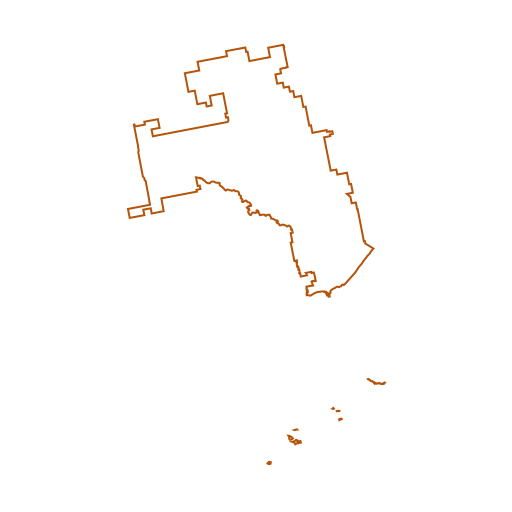 Greater Geraldton, Western Australia, Australia, rotated 259°
{"feature_id": "25037944B20957215446412", "entity_name": "Greater Geraldton", "entity_type": "district", "adm_level": 2, "iso_a3": "AUS", "parent_name": "Australia", "parent_adm1": "Western Australia", "projection": "natural_earth1", "projection_center": [114.652, -28.44], "detail": "fine", "context": "isolated", "style": "outline", "palette": "amber", "viewbox_px": 512, "rotation_deg": 259, "n_neighbors": 0, "source": "geoboundaries", "source_scale": "gbopen_adm2", "svg_char_len": 5994}
<svg xmlns="http://www.w3.org/2000/svg" viewBox="0 0 512 512"><g transform="rotate(259 256 256)"><path d="M207.8,298.3L207.6,299.9L206.9,301.0L206.7,302.0L206.8,302.4L208.0,305.3L208.8,308.4L208.9,310.2L208.7,311.8L208.6,314.1L208.1,316.5L207.5,316.8L207.7,317.1L207.9,317.0L207.8,317.5L207.4,317.7L207.6,317.0L207.5,316.9L207.2,317.8L207.3,318.0L206.8,318.5L206.4,318.9L206.3,318.3L206.2,318.4L206.1,318.9L206.3,318.8L206.2,319.0L204.7,319.2L205.1,318.3L205.8,318.1L205.7,318.1L205.8,317.9L205.7,318.1L205.7,317.8L205.0,318.0L204.8,318.5L204.4,318.7L204.4,319.1L204.0,319.0L204.0,318.6L204.7,318.4L204.6,318.0L203.9,318.1L203.9,318.6L203.5,319.1L202.2,319.4L202.3,320.2L202.2,320.6L204.6,320.8L205.1,321.2L205.3,321.8L205.6,322.2L206.2,322.1L206.8,322.2L207.7,322.7L208.9,324.8L209.6,327.5L210.3,329.3L210.3,329.9L210.0,331.0L209.6,331.7L210.0,332.6L210.0,333.4L210.3,334.1L210.9,334.5L211.3,335.1L211.3,336.0L211.0,336.3L211.2,336.5L210.9,336.9L211.2,337.6L220.8,350.2L225.1,354.4L228.3,358.3L229.5,359.6L230.2,360.0L230.5,360.5L232.4,362.5L233.7,364.2L234.4,364.8L237.0,368.5L237.9,369.0L238.7,369.9L240.9,372.7L247.4,365.7L249.8,365.7L249.8,364.7L282.6,364.7L282.6,364.2L289.5,364.2L289.5,360.0L295.9,360.0L299.6,357.1L299.6,363.1L308.6,363.1L308.6,361.2L320.4,361.2L320.4,351.4L325.5,351.3L325.5,345.6L359.5,345.5L359.5,351.7L361.1,351.7L361.1,354.7L363.9,354.7L363.9,351.7L364.4,351.7L364.4,349.3L366.1,349.3L366.1,334.9L373.8,334.9L373.8,333.2L380.7,333.2L380.8,333.1L381.0,333.2L393.2,333.2L393.3,330.9L404.5,330.9L404.6,324.0L410.8,324.0L410.8,320.7L416.0,320.6L416.0,315.4L421.1,315.4L421.1,309.7L430.5,309.7L430.5,315.4L434.8,315.4L435.1,315.7L435.1,321.4L435.4,321.4L435.4,323.1L455.7,323.0L455.7,323.5L456.7,323.5L456.7,323.0L458.1,323.0L458.1,307.7L448.6,307.7L448.6,286.7L458.2,286.7L458.2,285.3L462.7,285.3L462.8,265.7L457.7,265.7L457.8,235.7L448.9,235.7L449.0,221.0L430.0,221.0L430.0,227.4L416.2,227.4L416.2,236.1L412.2,236.1L412.2,241.2L422.0,241.2L422.0,254.8L401.6,254.8L401.6,253.0L397.6,253.0L397.6,254.9L394.7,254.9L393.0,253.9L393.2,177.6L400.2,177.6L400.2,185.8L409.0,185.8L409.1,172.0L406.2,172.0L406.2,161.8L408.2,161.8L408.2,161.2L386.0,161.2L385.7,161.0L381.7,161.0L380.5,160.2L355.5,160.1L353.8,161.2L351.5,161.2L350.8,162.0L334.9,161.9L327.5,161.7L327.5,161.8L326.5,161.8L326.6,139.3L317.5,139.3L317.4,154.2L323.0,154.2L322.9,161.8L317.6,161.7L317.6,173.9L330.6,174.1L330.5,210.3L332.3,210.3L332.3,214.2L335.8,214.2L335.8,212.1L344.7,212.1L343.9,214.2L342.8,216.1L343.0,216.2L343.4,215.9L343.3,216.3L343.0,216.5L342.0,218.3L341.4,218.2L341.0,218.5L339.7,220.0L337.4,221.5L336.8,222.5L336.3,223.8L336.3,224.6L337.1,225.7L337.4,226.5L337.3,228.2L337.2,228.6L335.8,230.4L335.2,232.0L335.1,233.5L334.8,233.9L334.3,234.3L333.5,233.9L332.3,234.0L331.3,234.6L330.4,236.0L329.3,236.5L328.4,237.3L327.4,237.6L326.2,238.5L326.1,239.3L326.7,239.9L326.7,240.3L326.3,241.7L325.4,243.1L325.1,244.1L324.6,244.8L325.0,247.0L323.6,248.1L323.1,250.0L322.5,250.9L321.3,251.3L319.4,251.1L317.6,252.7L315.5,252.0L314.5,253.2L314.0,253.5L313.1,253.2L312.5,252.6L311.9,252.7L311.5,253.3L311.5,253.8L312.0,255.0L312.4,256.7L311.6,257.5L310.4,258.0L309.9,259.5L309.3,260.1L306.9,261.0L306.3,260.9L306.1,260.0L306.2,259.5L306.5,259.2L306.5,258.7L305.9,257.2L305.2,256.2L303.9,257.2L303.9,258.2L302.3,258.2L302.3,257.4L300.6,256.6L298.1,257.5L297.3,258.2L297.2,258.6L297.4,259.0L299.3,260.6L299.1,261.1L299.2,261.7L298.4,263.4L298.5,264.4L298.8,264.9L300.5,265.2L300.7,265.6L300.6,266.0L299.5,266.9L298.0,266.6L297.2,267.4L295.8,267.4L295.3,267.7L295.2,268.9L295.4,269.8L294.9,272.3L294.7,272.7L293.7,272.9L293.5,273.3L294.2,274.8L294.2,276.1L293.9,277.1L293.3,277.0L292.8,277.5L291.3,278.0L289.9,278.0L289.1,280.1L287.4,281.8L286.6,283.9L285.9,284.0L285.6,283.1L285.2,282.6L284.9,282.6L284.6,282.8L283.6,284.4L282.3,284.7L281.6,285.2L281.4,286.2L281.8,288.2L280.2,291.1L279.0,292.2L279.1,292.8L279.6,293.8L279.4,294.4L278.0,295.5L275.2,295.5L275.2,296.4L271.8,296.4L271.8,294.4L262.5,294.4L262.5,292.6L243.7,292.7L243.6,293.4L243.9,293.6L243.9,295.3L242.6,295.2L242.6,294.9L241.6,294.9L241.6,294.5L237.6,294.4L237.6,295.5L236.3,295.5L236.1,295.1L234.4,295.0L234.4,295.9L233.8,295.9L232.7,295.8L230.8,295.1L230.5,295.3L230.5,296.1L227.3,296.0L227.3,302.3L228.2,302.0L229.6,302.1L229.9,301.9L229.9,307.3L228.7,307.3L228.7,309.7L226.8,309.8L220.1,309.9L220.1,308.6L220.6,308.3L220.6,306.1L220.2,305.6L219.5,306.1L217.7,305.9L216.1,306.4L216.3,299.7L214.5,299.6L214.5,299.3L212.5,299.3L212.5,300.1L210.5,300.1L210.4,300.0L210.4,298.8L209.1,298.8L208.9,298.4L207.8,298.3ZM64.1,261.4L64.3,264.5L65.9,264.3L65.8,263.6L66.0,263.3L66.1,262.7L65.8,262.7L66.1,261.9L65.9,261.6L66.4,261.2L67.0,261.3L67.1,260.7L67.8,260.6L67.8,260.1L67.4,259.8L67.0,258.6L66.6,257.9L66.8,257.4L66.6,257.0L66.6,256.1L65.5,258.0L64.6,258.5L63.7,258.6L64.5,260.8L64.5,261.1L64.1,261.4ZM69.5,257.0L69.8,257.4L70.3,257.0L71.1,256.7L72.3,255.5L73.2,254.2L73.4,253.5L72.9,253.7L72.6,254.4L72.1,254.5L71.5,253.9L70.9,254.0L70.3,253.7L69.3,254.1L68.9,254.9L69.5,257.0ZM107.6,352.6L106.4,354.5L106.0,356.8L106.2,357.4L106.6,357.8L107.0,357.8L107.2,358.3L107.3,358.2L107.0,357.0L106.5,356.4L106.5,354.9L107.9,352.6L107.8,351.4L108.0,349.6L110.2,347.2L111.8,344.8L112.6,344.0L113.4,343.5L113.9,342.6L113.8,342.3L113.5,342.5L113.1,343.5L112.3,343.9L111.9,344.5L111.3,344.9L111.2,345.3L110.4,346.7L109.0,347.5L109.3,347.7L108.3,348.8L108.0,348.8L108.1,348.5L107.9,348.5L108.0,349.1L107.6,350.1L107.6,352.6ZM49.2,230.2L49.4,230.6L50.7,231.2L51.4,229.9L51.4,229.2L50.9,229.0L50.7,228.3L50.1,227.7L49.2,229.0L49.2,230.2ZM80.2,307.4L79.9,306.5L79.0,306.5L79.5,308.1L79.5,308.9L79.6,309.1L79.9,308.9L79.9,308.3L80.2,307.4ZM88.2,304.9L88.2,306.7L87.7,309.1L88.0,308.6L88.4,306.7L88.4,305.3L88.2,304.9ZM91.2,303.2L91.9,303.1L92.8,302.2L92.1,302.7L91.6,302.6L91.4,302.8L91.3,302.2L91.1,302.5L91.2,303.2ZM77.8,263.3L78.0,263.2L78.0,262.6L77.8,260.5L77.6,260.8L77.9,262.8L77.8,263.3Z" fill="none" stroke="#b45309" stroke-width="2"/></g></svg>